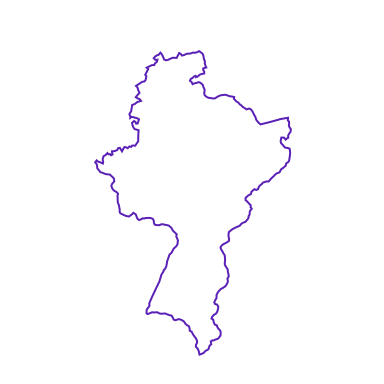 Bela Vista de Goiás, Goiás, Brazil (Natural Earth projection), rotated 43°
{"feature_id": "56859067B69163020659115", "entity_name": "Bela Vista de Goiás", "entity_type": "district", "adm_level": 2, "iso_a3": "BRA", "parent_name": "Brazil", "parent_adm1": "Goiás", "projection": "natural_earth1", "projection_center": [-48.916, -16.973], "detail": "fine", "context": "isolated", "style": "outline", "palette": "violet", "viewbox_px": 384, "rotation_deg": 43, "n_neighbors": 0, "source": "geoboundaries", "source_scale": "gbopen_adm2", "svg_char_len": 5746}
<svg xmlns="http://www.w3.org/2000/svg" viewBox="0 0 384 384"><g transform="rotate(43 192 192)"><path d="M80.4,145.5L78.7,152.6L80.8,152.7L82.4,153.7L84.2,154.6L86.0,155.3L86.0,158.4L86.2,161.0L88.5,160.6L90.2,159.8L92.6,160.1L91.8,161.6L90.7,163.3L90.2,166.5L88.9,169.2L90.7,171.7L91.5,173.2L92.5,174.4L92.7,175.9L93.2,177.9L95.0,178.6L96.3,179.9L96.5,178.3L98.4,177.1L100.1,176.3L101.7,175.4L103.7,175.0L104.6,176.9L105.5,179.1L104.5,180.1L102.8,179.3L101.2,179.6L101.0,182.3L103.1,183.8L105.1,184.7L107.1,185.1L109.3,184.0L110.8,183.2L112.5,185.3L113.5,186.6L114.7,187.8L115.6,189.0L117.1,190.5L118.1,191.7L118.3,193.4L118.9,196.9L117.5,197.9L116.5,199.0L116.7,200.6L115.2,201.3L115.1,203.8L113.1,204.4L111.9,205.2L112.3,207.2L113.1,210.0L111.2,209.5L109.1,208.9L108.1,210.3L108.7,212.3L107.5,214.9L105.7,216.8L106.8,217.8L108.3,218.8L107.7,220.4L106.2,220.2L105.0,221.5L103.6,221.2L103.6,224.0L102.9,226.1L104.1,228.6L105.0,229.6L106.4,230.4L107.4,232.0L104.5,232.9L102.8,233.8L100.7,233.9L101.0,236.3L103.2,236.6L104.4,237.3L106.5,239.2L108.3,239.5L109.7,239.6L111.4,240.0L113.6,238.9L115.4,238.3L117.0,237.6L118.7,236.2L120.4,235.2L121.8,235.3L123.7,235.2L125.9,235.5L127.9,237.2L128.0,238.9L128.0,240.5L128.8,242.5L130.6,243.5L132.6,244.1L134.7,244.1L136.6,243.5L139.0,243.6L140.1,245.6L141.7,247.1L142.9,248.4L144.3,249.7L145.7,250.7L147.6,251.5L149.6,253.1L151.2,254.2L152.1,255.4L153.6,256.4L155.2,256.2L156.6,255.7L158.1,255.2L160.1,254.5L162.6,252.9L163.3,249.3L163.4,247.2L166.1,246.7L167.9,247.6L169.1,248.3L170.6,248.8L172.4,248.6L173.3,246.9L173.8,245.0L175.1,244.1L175.8,242.7L177.2,241.3L178.7,239.8L180.2,238.9L181.7,238.4L183.5,239.0L185.3,240.6L187.0,241.3L188.6,240.4L190.7,238.6L191.8,236.2L193.3,235.1L194.8,234.3L196.2,233.3L197.9,232.4L200.1,232.3L201.7,232.3L203.6,233.1L204.9,233.3L206.8,233.3L209.7,233.4L210.8,235.2L212.8,236.1L214.8,237.0L215.8,238.6L216.8,239.6L217.3,241.4L217.5,242.9L217.2,245.8L217.9,248.2L218.5,250.6L218.2,252.9L218.8,254.5L219.7,256.3L220.4,258.1L221.1,259.6L222.4,261.5L223.2,262.8L224.1,264.3L224.7,266.6L224.6,268.4L225.4,269.7L225.7,271.7L226.0,273.3L227.0,275.2L227.8,276.9L228.7,278.7L229.5,280.4L229.8,281.9L230.5,283.7L231.0,285.7L232.1,289.0L232.8,291.2L233.8,294.3L234.4,296.2L235.0,297.9L235.8,300.2L237.0,303.1L238.3,303.9L238.8,305.7L238.9,307.9L239.5,309.5L240.5,310.6L241.6,311.8L242.8,311.5L244.1,308.9L244.8,307.2L246.2,306.2L248.5,303.7L250.4,303.2L251.6,302.7L253.1,301.5L254.1,300.3L255.5,299.0L257.2,298.4L259.5,297.4L261.5,296.3L263.7,297.0L265.7,297.8L267.4,297.0L268.6,294.6L269.6,293.6L271.9,292.6L274.6,292.2L277.2,292.9L278.6,292.9L281.3,292.3L283.2,293.3L285.0,295.0L286.9,294.4L288.3,294.9L290.4,295.6L293.2,296.1L294.8,296.4L297.1,297.4L298.4,298.6L299.2,301.2L300.4,302.5L303.0,302.7L305.5,303.8L308.4,305.8L309.7,303.3L310.3,301.6L310.2,299.4L310.7,297.6L311.3,295.9L309.7,292.5L309.9,290.2L307.6,288.4L308.1,286.6L309.2,285.6L309.7,284.0L311.0,281.8L311.0,280.1L310.8,277.7L309.2,275.6L307.7,274.3L305.7,274.0L304.3,274.0L302.5,273.4L301.2,272.6L299.0,273.4L296.2,272.1L294.6,270.9L292.6,271.3L291.9,269.7L291.8,266.9L292.4,265.0L292.4,263.4L291.7,261.5L290.6,259.4L289.3,257.8L287.0,257.3L285.2,258.2L283.6,257.6L282.8,255.4L282.2,252.8L280.2,250.6L279.3,247.6L279.2,243.3L280.0,241.2L280.7,238.0L280.1,235.0L279.5,233.3L278.5,232.2L277.0,231.2L276.4,228.6L274.5,227.1L272.5,225.8L270.8,224.2L268.3,223.6L265.8,222.9L264.2,221.4L262.6,219.1L260.7,217.4L258.9,215.9L256.9,215.5L254.4,214.6L251.8,213.9L250.6,213.0L250.2,211.0L250.4,209.2L251.3,206.7L251.9,204.9L252.4,202.5L250.9,200.8L249.3,199.8L247.7,198.2L246.3,196.2L246.9,191.6L247.9,188.9L248.8,186.6L249.9,184.3L249.8,181.4L250.4,179.3L251.4,177.6L251.3,174.3L250.9,172.2L249.9,171.2L249.6,169.4L247.4,166.5L247.1,163.5L245.0,163.0L243.9,161.6L242.1,161.6L240.1,161.4L238.4,161.3L236.7,161.4L235.2,159.8L235.5,156.2L236.5,153.3L235.3,151.3L235.5,149.4L235.7,147.4L237.5,146.7L238.4,145.0L237.6,143.4L237.2,141.2L237.6,138.8L237.5,136.8L239.1,133.7L240.9,132.0L240.7,128.4L240.9,125.7L241.0,121.8L241.5,120.0L242.6,118.1L241.7,114.5L242.3,111.8L242.6,108.9L241.4,106.9L242.0,104.0L241.3,102.3L238.6,98.4L236.7,96.0L233.8,93.7L231.8,94.7L229.5,96.1L226.8,95.7L223.7,95.5L222.2,94.4L220.2,91.3L222.1,89.5L224.8,89.8L224.9,88.1L225.4,86.7L223.9,85.2L223.2,83.0L223.1,80.9L221.4,78.6L219.7,78.3L217.8,77.6L216.4,75.8L214.9,74.3L213.3,74.3L211.6,72.2L206.7,78.7L205.7,80.5L200.9,88.3L196.0,95.8L193.2,95.9L191.0,95.6L189.6,95.3L187.4,94.0L184.6,93.1L182.8,92.4L181.1,91.8L179.3,91.5L178.0,91.5L176.7,92.2L175.5,94.4L172.6,94.8L170.8,95.2L169.0,95.0L167.1,95.3L165.0,95.0L162.7,95.5L160.7,95.3L159.1,95.3L158.1,93.8L155.8,95.1L154.2,96.3L150.2,98.0L148.6,99.8L147.2,101.5L146.3,103.2L145.6,105.1L145.0,107.7L143.7,109.2L141.7,110.5L139.9,111.8L138.2,112.4L136.3,112.6L134.9,112.4L133.3,111.2L132.2,109.4L131.2,108.4L129.0,107.6L126.8,106.3L125.0,106.3L123.3,106.5L122.0,107.1L120.8,109.2L119.5,111.2L118.9,112.7L116.9,111.9L114.6,112.0L114.0,110.1L114.6,108.3L114.7,106.2L115.4,104.6L116.6,105.3L117.4,103.8L117.7,100.7L118.7,99.0L120.1,97.0L118.6,95.5L117.1,95.2L115.9,94.0L117.5,91.2L115.7,90.5L113.5,89.1L112.1,87.4L110.8,87.0L109.4,86.2L107.9,84.9L105.7,83.7L103.4,83.8L101.1,84.2L100.4,86.3L99.1,88.3L97.5,89.5L96.7,91.3L95.7,92.7L94.2,94.0L93.4,95.6L92.7,97.5L91.5,99.1L89.7,98.7L87.8,99.1L88.6,101.8L89.3,104.5L87.8,105.7L86.5,106.8L85.4,108.9L84.5,111.4L83.2,113.4L81.2,114.1L79.2,113.1L77.5,112.4L75.5,111.8L73.9,111.6L74.0,114.6L73.1,116.0L72.7,118.2L72.7,120.2L75.0,120.4L76.5,118.8L77.5,120.5L77.2,123.2L77.8,124.9L76.2,126.5L75.3,128.7L74.1,132.0L76.1,131.9L77.0,135.1L77.9,138.2L79.7,138.5L80.7,140.2L81.6,141.6L81.8,143.5L80.4,145.5Z" fill="none" stroke="#5b21b6" stroke-width="2"/></g></svg>